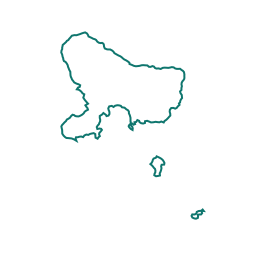 outline of Ilhabela, São Paulo, Brazil, rotated 79°
{"feature_id": "56859067B17407049512119", "entity_name": "Ilhabela", "entity_type": "district", "adm_level": 2, "iso_a3": "BRA", "parent_name": "Brazil", "parent_adm1": "São Paulo", "projection": "natural_earth1", "projection_center": [-45.279, -23.845], "detail": "fine", "context": "isolated", "style": "outline", "palette": "teal", "viewbox_px": 256, "rotation_deg": 79, "n_neighbors": 0, "source": "geoboundaries", "source_scale": "gbopen_adm2", "svg_char_len": 3936}
<svg xmlns="http://www.w3.org/2000/svg" viewBox="0 0 256 256"><g transform="rotate(79 128 128)"><path d="M124.1,124.3L124.5,122.8L125.8,122.0L125.5,120.3L123.6,120.5L123.6,118.8L122.0,117.3L123.1,115.7L124.4,115.6L125.8,114.2L126.5,112.3L126.3,110.4L124.6,110.0L124.6,107.8L126.0,105.6L126.9,104.4L127.2,102.2L127.2,99.7L127.8,98.1L128.4,96.1L128.0,94.1L129.4,91.9L128.1,90.8L127.2,88.7L125.9,86.8L124.8,85.4L123.9,84.1L122.0,83.8L120.0,84.0L118.1,83.4L116.6,81.7L117.0,79.5L118.0,78.0L117.6,76.4L116.3,75.0L115.1,73.0L113.6,73.3L112.8,72.0L111.3,71.5L109.9,70.4L108.9,69.2L107.4,69.1L105.9,68.9L103.8,69.8L102.0,69.9L100.9,68.3L98.9,67.9L97.2,67.1L95.5,67.2L93.9,66.7L92.6,65.7L91.7,64.5L90.5,63.4L89.2,63.0L87.8,62.8L86.1,62.4L83.8,62.4L82.5,63.1L81.2,64.4L79.8,65.6L79.6,67.2L79.3,68.7L78.6,70.3L77.2,71.6L76.6,73.4L76.7,75.3L76.7,76.9L76.2,78.7L75.7,80.7L75.6,82.5L76.3,84.6L75.3,86.8L75.1,88.7L74.3,90.0L72.7,90.8L71.9,92.2L72.3,94.2L71.9,95.8L70.3,97.0L69.7,99.3L69.2,101.1L69.0,102.7L69.2,104.7L69.1,106.5L68.9,108.5L68.1,110.4L66.7,112.3L65.5,114.3L64.1,114.2L62.5,115.6L61.1,117.1L60.0,118.6L58.6,119.8L57.2,120.8L56.1,121.9L55.0,123.5L53.4,125.4L51.9,127.1L50.3,127.7L48.9,128.8L47.5,130.5L46.9,133.4L45.5,135.6L43.4,136.0L41.8,135.8L40.5,136.1L39.5,137.2L39.4,138.8L38.7,140.4L37.3,141.7L35.5,142.5L34.6,143.5L33.7,145.2L32.6,146.5L31.6,147.9L30.6,149.3L29.2,149.5L27.4,150.2L26.0,151.8L26.1,153.5L26.3,155.2L26.7,157.4L26.9,159.1L27.1,160.9L26.6,162.9L26.7,165.5L28.2,167.3L29.3,168.8L30.3,169.8L30.8,171.4L31.8,172.4L33.0,174.4L34.0,176.2L35.3,176.7L36.6,177.3L37.9,177.5L39.3,178.5L41.2,179.1L43.3,178.6L45.6,178.6L47.1,178.3L48.5,178.4L50.1,178.1L51.2,176.7L53.0,175.8L54.9,175.2L56.4,175.2L57.8,174.9L59.6,174.6L61.8,173.9L63.8,174.2L65.5,174.4L66.9,174.3L68.4,173.9L69.7,173.7L71.2,172.9L73.0,172.1L74.6,170.1L75.7,168.1L76.9,166.8L78.4,167.5L78.8,169.4L80.3,170.8L80.9,169.2L81.9,168.1L83.4,166.9L85.3,166.0L86.6,164.5L88.3,165.3L89.7,166.1L92.1,165.1L94.3,163.9L96.5,162.6L97.6,165.5L99.1,164.9L100.7,164.0L102.4,163.8L103.1,166.1L103.8,167.5L105.1,168.6L106.1,170.3L106.8,172.3L107.2,174.2L106.8,176.0L106.2,177.5L105.1,178.4L104.4,179.9L105.5,181.7L106.8,183.0L107.6,184.9L108.0,186.4L109.4,187.6L110.4,189.3L111.5,190.7L112.5,192.1L113.7,193.1L115.6,193.1L117.1,193.0L118.6,193.2L121.0,193.6L123.2,192.7L124.9,191.5L126.0,190.4L126.7,187.9L127.5,185.3L129.0,183.0L130.7,181.1L128.5,181.5L127.2,180.8L127.5,179.1L127.3,177.5L127.4,175.6L128.4,173.8L127.0,172.2L126.5,170.2L127.2,168.2L126.6,166.6L126.5,164.9L126.5,162.7L127.7,161.3L129.2,161.5L131.3,161.7L132.7,159.9L131.5,158.8L130.6,157.2L128.9,157.6L127.5,157.2L126.1,155.3L124.9,154.0L123.7,154.5L123.1,156.1L123.1,158.3L121.1,158.5L119.7,157.2L118.9,155.9L117.6,155.2L116.2,154.1L114.6,153.7L112.7,153.8L110.8,153.4L109.9,151.0L108.6,149.3L109.7,148.3L110.8,147.2L112.2,146.8L112.1,144.8L110.8,143.6L109.5,143.3L108.2,143.2L106.6,143.6L104.9,143.6L103.2,142.3L103.2,139.7L104.6,138.2L103.7,136.5L103.6,134.2L104.1,132.4L104.9,130.8L106.5,130.0L107.4,127.5L109.3,126.1L110.6,124.6L112.1,124.0L113.7,124.3L115.8,123.8L118.4,123.6L120.1,123.9L122.0,124.3L124.1,124.3ZM170.5,102.0L170.8,99.5L169.3,98.9L167.8,99.3L166.2,99.9L164.6,101.1L163.5,102.3L162.5,103.6L161.3,105.3L162.5,106.3L162.9,108.7L164.0,109.7L165.5,110.4L166.9,111.6L167.7,112.9L169.2,111.7L170.5,110.9L172.0,110.2L173.3,109.3L175.0,109.2L176.8,109.7L178.0,110.7L179.4,111.2L180.7,109.7L180.8,107.7L180.7,105.7L178.5,105.5L177.3,104.5L175.7,103.6L173.8,102.8L171.9,102.8L170.5,102.0ZM223.2,71.8L223.0,74.6L223.5,76.5L225.0,77.2L225.6,79.0L225.1,81.4L226.4,82.4L228.2,81.9L229.4,80.2L230.0,78.6L229.6,76.6L228.2,76.1L226.5,76.1L226.5,74.4L226.8,72.8L225.8,71.5L223.2,71.8ZM124.1,124.3L125.2,126.1L126.3,127.0L127.5,126.7L129.4,125.5L130.8,123.9L129.2,123.4L127.6,123.6L126.3,124.5L124.1,124.3ZM223.2,71.8L223.9,69.5L222.3,70.3L223.2,71.8Z" fill="none" stroke="#0f766e" stroke-width="2"/></g></svg>